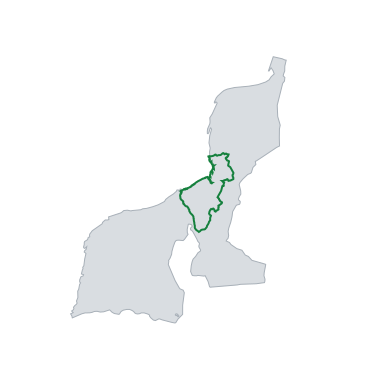 Sofala on a map of Mozambique (Mercator projection), rotated 194°
{"feature_id": "MOZ-1905", "entity_name": "Sofala", "entity_type": "Province", "adm_level": 1, "iso_a3": "MOZ", "parent_name": "Mozambique", "parent_adm1": "", "projection": "mercator", "projection_center": [34.584, -19.076], "detail": "fine", "context": "in_parent", "style": "outline", "palette": "green", "viewbox_px": 384, "rotation_deg": 194, "n_neighbors": 0, "source": "natural_earth", "source_scale": "10m", "svg_char_len": 9347}
<svg xmlns="http://www.w3.org/2000/svg" viewBox="0 0 384 384"><g transform="rotate(194 192 192)"><path d="M118.2,257.8L120.6,255.8L137.0,237.8L138.0,237.1L136.7,234.1L138.8,230.6L139.1,225.2L139.7,224.3L142.2,222.5L145.7,217.0L147.8,212.7L148.0,210.6L145.0,204.8L144.1,201.7L145.0,199.0L145.3,196.4L144.9,195.6L143.0,194.6L142.7,193.4L142.7,192.1L143.1,191.4L145.4,190.2L145.9,189.5L147.8,182.8L147.2,177.7L147.1,171.9L147.6,165.9L147.4,162.5L145.9,158.6L145.8,155.8L146.8,153.9L147.0,152.7L143.4,152.1L141.6,150.5L134.8,147.9L129.5,147.6L125.1,143.7L121.7,143.1L117.3,140.2L103.4,139.7L102.9,139.4L102.4,130.9L101.9,128.1L100.1,125.1L99.7,123.0L99.8,121.6L107.5,118.5L122.5,114.2L125.8,112.7L151.4,104.0L152.2,104.6L154.7,109.0L159.0,114.0L160.0,113.3L166.2,112.5L167.1,111.9L168.9,111.4L171.1,111.1L171.8,111.4L174.1,114.5L174.9,120.4L175.0,124.3L174.7,127.1L172.9,130.4L171.5,134.5L169.6,136.7L169.6,137.8L171.9,140.2L172.3,141.3L172.2,143.4L172.6,144.3L174.5,145.6L176.0,147.6L181.5,153.6L183.0,154.7L184.1,154.9L184.7,156.1L184.3,157.5L183.5,158.3L183.8,159.4L184.9,160.3L187.4,160.1L187.8,159.7L187.6,154.5L186.7,151.4L185.6,150.0L187.8,144.3L188.9,142.7L193.1,142.1L195.0,141.5L195.8,140.9L196.5,139.1L197.0,134.0L197.1,129.3L196.7,126.6L197.3,122.4L198.2,119.8L197.8,119.3L197.4,115.8L187.0,102.0L181.1,95.8L180.1,95.1L176.8,94.6L175.1,92.4L173.7,80.0L171.5,71.0L174.9,65.2L176.1,61.4L176.8,60.8L179.7,60.6L190.0,60.7L192.5,61.0L193.7,60.7L196.4,58.4L198.5,58.4L201.5,59.9L203.1,61.2L203.4,62.3L205.4,62.9L209.1,63.1L211.8,62.5L213.5,61.2L215.3,60.5L217.1,60.4L218.5,60.9L219.5,61.8L221.3,62.5L224.0,63.0L226.9,62.3L230.1,60.7L231.9,58.9L232.9,56.0L233.5,55.6L237.9,55.3L240.3,55.9L243.4,57.7L248.7,54.4L252.0,53.3L255.2,53.3L257.8,52.5L259.9,51.0L262.1,50.0L266.5,48.8L269.4,47.2L277.7,40.9L278.6,42.7L280.3,44.4L278.1,46.2L280.0,47.4L278.6,49.1L278.4,50.3L279.1,51.5L278.2,53.5L277.0,55.1L276.6,56.3L277.7,58.3L277.2,62.0L278.9,68.2L278.4,70.2L278.7,75.1L278.1,76.9L279.2,77.5L279.7,79.4L279.3,82.8L277.4,84.2L277.2,85.6L279.5,85.7L279.5,89.9L279.2,91.2L279.8,92.6L279.1,94.2L279.9,101.0L280.0,106.0L280.1,106.8L282.1,107.7L282.0,109.0L280.8,110.8L280.9,113.5L282.3,111.4L283.1,111.4L283.9,112.2L283.9,115.2L284.3,116.7L284.2,118.0L281.8,120.5L281.7,122.9L280.8,123.3L280.4,123.8L281.0,125.2L281.0,126.5L279.4,130.3L271.5,139.4L271.4,141.0L269.4,143.9L267.2,144.4L266.0,145.1L266.9,147.7L256.5,154.2L255.4,155.1L253.7,157.5L250.3,158.7L246.5,158.9L245.9,159.4L237.4,162.4L235.7,163.8L232.1,165.1L226.4,168.3L221.7,171.4L216.4,176.1L215.7,178.5L213.2,181.8L209.5,185.7L207.3,188.9L207.1,190.3L205.8,190.7L204.7,189.4L204.2,192.0L203.3,192.2L202.3,191.6L197.5,194.4L194.0,197.5L189.1,203.6L181.8,209.5L180.1,209.6L177.8,207.6L176.6,207.4L178.5,209.7L178.4,214.6L177.5,220.5L177.6,221.7L182.4,227.9L184.7,235.2L184.9,238.9L187.4,243.7L188.4,250.9L188.2,257.7L189.4,258.8L189.8,257.8L190.0,253.6L190.6,252.4L191.3,252.6L191.9,254.9L192.1,257.3L191.2,262.6L191.5,264.7L192.7,268.3L191.3,272.5L189.1,284.2L189.6,284.9L190.7,285.2L191.1,283.9L191.8,283.9L192.1,284.7L191.2,289.3L190.3,291.3L187.1,296.2L185.4,298.3L182.6,300.4L175.9,303.7L162.5,308.4L154.0,312.1L147.2,316.5L144.3,319.5L143.1,322.9L140.8,326.5L142.8,329.4L145.3,331.6L146.5,328.1L147.1,328.0L145.9,342.9L136.7,343.1L134.0,342.6L132.5,342.7L132.4,336.5L131.3,331.8L131.7,328.5L131.6,326.7L129.6,325.6L129.1,322.0L130.3,319.3L130.3,296.8L127.1,286.0L122.6,278.2L122.4,274.3L120.4,265.7L118.2,257.8ZM177.2,70.2L178.3,69.7L178.5,68.7L177.7,68.2L177.1,68.3L176.8,69.9L177.2,70.2ZM176.5,68.4L175.6,67.6L174.9,67.8L174.7,68.4L175.4,69.3L176.1,69.3L176.5,68.4Z" fill="#d9dde1" stroke="#a8b0b8" stroke-width="1"/><path d="M202.4,191.0L202.4,190.9L202.2,190.9L202.0,191.0L201.5,191.5L200.6,192.8L200.3,193.1L199.7,193.1L199.8,192.8L199.7,192.6L199.3,192.7L199.1,193.7L198.9,193.9L198.5,194.0L198.3,193.8L198.1,193.6L197.9,193.5L197.6,193.6L197.5,193.8L197.4,193.9L197.5,194.1L197.8,194.0L197.8,194.3L195.3,196.0L194.9,196.6L194.7,196.8L194.5,196.7L194.2,197.0L193.8,197.7L194.0,197.6L194.3,197.5L193.8,197.9L193.4,198.3L192.5,199.2L192.9,199.2L192.7,199.4L192.0,200.3L191.8,200.4L191.5,200.5L191.3,201.0L190.4,202.2L188.6,204.1L186.6,205.8L184.9,207.5L184.3,207.8L183.9,207.9L182.9,208.9L182.4,209.3L182.2,209.1L181.6,209.8L180.6,210.4L180.1,210.2L179.9,210.1L179.8,209.8L179.6,209.0L178.6,208.2L177.8,207.8L177.6,207.7L176.9,206.7L176.5,206.4L176.2,205.5L176.0,205.4L175.5,205.2L175.2,205.1L174.9,205.2L174.7,205.8L174.5,206.0L174.8,206.0L175.1,205.7L175.4,205.6L175.7,205.7L176.0,205.8L176.1,206.0L176.3,206.6L176.4,206.9L177.3,208.2L177.6,208.3L178.1,208.5L178.4,208.9L178.8,209.4L178.8,209.5L178.8,210.0L178.5,210.5L178.1,210.9L177.6,210.8L177.7,211.1L177.9,211.1L178.2,210.9L178.5,211.0L178.5,211.7L178.5,212.0L178.6,212.8L178.6,213.1L178.3,213.5L178.5,213.9L178.5,214.5L178.7,214.9L178.8,215.5L178.8,215.8L178.6,216.0L178.5,216.3L178.1,216.2L177.6,215.9L177.1,216.1L176.9,216.1L176.7,215.8L176.7,216.1L177.0,216.5L178.2,217.2L178.2,217.3L177.8,217.9L177.6,218.7L177.2,219.1L177.1,219.4L177.5,219.7L177.5,219.9L177.2,220.1L176.7,220.1L176.4,219.9L176.6,220.5L176.9,220.9L177.1,221.1L177.5,221.1L177.8,221.6L177.8,221.9L177.7,222.2L177.0,222.8L176.9,223.0L177.5,222.7L177.9,222.6L178.2,222.7L178.2,223.2L178.3,223.4L178.6,223.1L178.8,223.5L179.0,223.7L179.3,223.8L179.6,224.1L179.8,224.3L179.9,224.6L180.0,224.8L180.0,225.2L180.1,225.4L180.6,225.0L180.9,225.2L180.8,225.5L180.4,225.8L180.5,226.2L180.7,225.9L181.1,225.8L181.9,225.9L182.0,226.0L182.6,226.5L182.6,227.4L182.8,227.3L183.0,227.3L183.1,227.5L183.1,227.8L182.8,228.1L182.8,228.3L182.9,228.6L183.4,229.1L183.6,229.4L183.4,229.8L183.3,230.1L183.4,230.4L183.8,230.0L184.1,229.9L184.6,230.2L184.7,230.5L184.3,230.7L183.9,231.0L183.7,231.0L182.3,231.2L180.5,232.0L180.3,232.1L180.1,232.4L179.2,233.0L178.9,233.5L178.5,233.9L178.0,234.0L177.8,233.9L177.1,233.3L176.9,233.3L176.2,233.4L175.4,234.1L173.4,234.7L172.9,235.1L172.1,236.3L171.6,237.0L171.1,237.3L170.8,237.3L170.5,237.2L170.0,236.7L169.5,236.5L169.2,236.7L168.7,237.3L168.3,237.5L168.0,237.5L167.8,237.3L167.6,237.2L165.6,237.3L165.7,235.8L165.8,235.5L166.2,235.2L166.3,235.0L166.2,234.6L166.2,234.4L166.4,234.1L167.1,233.8L167.3,233.5L167.5,233.1L167.4,232.8L167.2,232.5L165.5,231.1L165.3,231.1L163.9,231.0L163.7,230.9L163.5,230.7L163.4,226.8L163.3,226.4L163.1,226.2L161.1,225.5L160.8,225.3L156.5,220.7L156.4,220.5L156.4,219.6L156.4,219.3L156.8,218.4L156.8,218.1L156.6,217.9L156.4,217.5L156.2,216.7L155.6,216.3L155.5,216.2L155.0,214.6L155.1,214.4L156.7,213.1L157.0,212.8L157.6,212.5L158.0,212.1L158.8,212.1L159.3,211.8L159.4,211.7L159.5,211.8L159.8,212.3L160.1,212.5L160.6,213.0L161.0,213.0L161.5,212.2L161.8,212.1L162.3,211.9L162.7,211.6L163.4,211.3L163.6,211.2L163.8,210.8L163.9,210.6L164.4,210.4L164.6,210.2L165.0,210.1L165.4,210.0L165.0,209.8L164.6,209.4L164.1,209.4L164.0,209.2L163.9,209.0L163.7,208.9L163.1,208.9L163.1,208.3L163.2,207.4L163.2,206.8L162.8,206.1L162.7,205.7L162.9,205.4L163.2,205.3L163.7,205.3L163.9,205.2L164.0,205.1L164.0,204.8L164.0,200.2L165.8,193.7L165.9,193.1L165.5,193.0L165.4,192.9L165.2,192.5L165.0,192.4L164.5,192.3L164.4,192.2L164.2,192.1L164.0,191.4L163.9,191.2L163.7,191.1L163.2,190.9L163.0,190.7L162.7,190.1L161.9,189.8L161.3,189.4L161.1,189.4L160.5,189.3L160.3,188.9L160.5,188.0L160.6,187.8L160.9,187.5L161.4,187.0L161.8,186.4L162.0,186.2L162.3,185.8L162.7,185.6L163.1,185.1L163.0,184.8L162.9,184.5L162.7,184.1L162.4,183.9L162.4,183.7L162.6,183.2L162.7,182.8L162.5,182.5L162.1,181.7L162.1,181.4L162.6,180.9L162.9,180.5L163.1,180.3L163.6,180.1L164.0,179.7L164.2,178.9L164.3,178.7L165.1,178.8L165.3,178.9L165.6,179.3L165.8,179.6L166.0,180.1L166.1,180.3L166.9,180.9L167.3,181.1L167.6,181.0L168.1,180.3L168.3,180.1L168.5,180.1L169.3,180.2L169.5,179.9L169.8,179.3L170.2,177.7L170.3,177.0L170.3,176.5L170.2,176.2L170.2,175.4L170.2,175.2L169.9,174.9L169.5,174.4L168.1,173.8L167.9,173.7L167.9,173.3L168.1,171.5L168.1,171.2L167.6,169.3L167.5,169.0L167.6,168.8L168.3,167.1L168.3,166.9L168.3,165.9L168.5,165.0L168.7,164.2L169.2,163.1L169.2,162.8L169.2,161.8L169.2,161.5L170.3,159.2L170.6,158.9L171.2,158.6L172.2,158.3L173.6,157.6L174.1,157.1L174.3,156.8L174.6,156.1L175.7,154.9L177.0,155.6L178.3,156.0L178.7,156.2L180.3,157.5L180.7,158.2L181.1,160.0L181.8,161.2L182.1,162.0L182.3,162.7L182.4,163.0L182.5,163.1L182.8,163.7L182.9,164.0L183.1,164.3L183.6,165.5L183.8,166.3L183.8,166.5L184.2,166.9L184.4,167.6L184.5,168.1L184.8,168.6L185.0,168.9L185.6,169.3L186.0,169.7L186.2,169.8L186.3,170.0L186.6,170.1L187.7,170.7L188.7,171.4L189.3,172.2L189.5,172.3L189.6,172.5L189.9,172.7L190.0,172.9L190.2,173.2L190.3,173.9L190.4,174.2L190.5,174.4L191.1,174.7L191.4,174.9L191.5,175.1L191.7,175.6L191.9,175.8L192.5,176.2L193.0,176.7L193.3,176.8L193.5,176.8L194.1,176.7L194.3,176.7L194.8,177.0L195.3,177.1L195.7,177.3L196.3,177.9L197.2,178.3L197.5,178.5L197.3,178.9L197.9,179.5L198.2,180.0L198.3,180.2L198.2,180.6L198.6,181.0L199.6,181.5L200.4,181.8L200.6,181.9L201.0,182.4L201.4,182.6L201.6,182.9L201.8,183.3L201.9,183.7L202.0,184.1L202.1,184.4L202.2,184.5L202.3,184.6L202.5,185.3L202.7,185.7L202.7,186.6L202.8,187.0L202.5,187.2L202.2,187.5L202.1,188.0L202.2,188.6L202.3,189.0L202.0,189.1L202.0,189.3L202.4,189.4L202.8,189.2L203.1,189.7L203.4,190.0L203.1,190.6L202.9,190.8L202.7,190.9L202.4,191.0Z" fill="none" stroke="#15803d" stroke-width="2"/></g></svg>